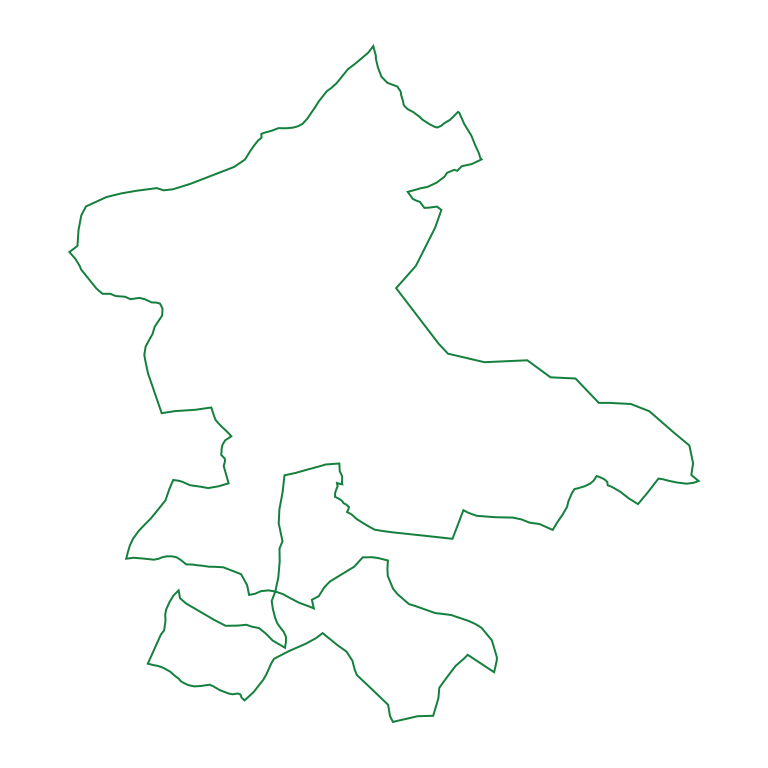 Nkwerre, Imo, Nigeria (orthographic projection)
{"feature_id": "59680162B31302026198632", "entity_name": "Nkwerre", "entity_type": "district", "adm_level": 2, "iso_a3": "NGA", "parent_name": "Nigeria", "parent_adm1": "Imo", "projection": "orthographic", "projection_center": [7.107, 5.761], "detail": "fine", "context": "isolated", "style": "outline", "palette": "green", "viewbox_px": 768, "rotation_deg": 0, "n_neighbors": 0, "source": "geoboundaries", "source_scale": "gbopen_adm2", "svg_char_len": 4661}
<svg xmlns="http://www.w3.org/2000/svg" viewBox="0 0 768 768"><path d="M373.3,46.1L368.1,52.8L355.2,63.7L348.0,69.1L336.6,83.2L331.4,87.9L326.8,91.2L319.0,101.1L314.4,108.3L307.0,119.0L302.5,123.9L298.1,126.2L293.2,127.6L285.7,128.3L278.5,128.1L272.1,130.6L263.9,132.9L261.3,134.0L261.5,137.8L258.2,140.3L253.8,145.9L250.6,150.5L245.0,159.5L234.2,166.9L190.2,183.9L172.9,189.3L163.6,190.3L156.8,188.1L136.3,190.8L121.3,193.4L106.6,197.0L86.0,206.4L81.3,215.3L78.5,230.2L77.5,245.8L73.6,248.9L69.4,252.0L75.4,258.9L79.6,265.8L81.1,269.5L96.3,288.4L102.5,293.8L110.2,293.8L115.9,296.1L125.0,296.7L130.4,299.2L134.5,298.6L139.6,297.9L145.0,299.3L151.6,302.4L156.4,302.6L160.0,303.6L162.5,308.5L162.2,315.5L154.8,326.5L152.5,334.1L149.5,339.4L145.7,346.4L144.3,354.8L145.2,360.1L148.0,373.4L152.5,386.4L161.7,413.2L175.0,411.1L195.2,409.8L211.3,407.5L214.2,416.4L215.6,420.0L218.3,423.2L222.5,427.4L226.3,431.0L229.3,433.9L231.3,436.3L225.2,440.3L222.5,444.7L221.7,448.4L221.5,451.7L221.2,454.8L222.4,456.1L224.8,458.7L225.0,461.2L223.7,466.0L228.6,483.3L218.5,486.3L208.1,488.1L201.3,486.8L190.0,485.2L182.4,481.8L178.4,480.7L173.2,480.0L169.3,489.2L165.5,500.3L155.4,512.9L150.5,518.8L145.3,524.0L138.7,530.9L133.0,538.8L129.9,545.4L127.8,552.4L126.2,558.7L133.7,557.8L142.9,558.5L154.0,559.7L158.8,558.7L162.7,557.1L167.1,556.3L171.9,556.3L176.6,557.3L181.1,560.2L186.2,564.4L192.1,564.5L198.3,565.4L201.5,565.6L208.8,566.7L215.0,566.8L223.3,567.3L241.1,574.2L247.1,585.1L249.1,594.9L255.2,593.7L261.1,591.1L268.6,590.4L275.3,591.5L278.3,577.6L279.7,561.3L279.5,548.6L282.5,541.3L278.7,523.3L279.4,509.3L282.5,492.9L284.5,475.3L295.7,472.9L308.0,469.4L322.4,465.5L325.4,464.5L339.3,463.5L339.8,471.4L340.9,473.5L342.0,475.9L342.2,477.2L342.1,480.6L341.9,483.2L342.2,484.3L339.9,483.9L337.0,483.0L337.6,486.3L336.3,489.4L335.2,492.7L335.0,496.8L339.7,499.2L342.5,501.4L343.5,503.2L345.9,504.3L348.9,507.0L348.4,509.2L347.1,512.0L351.7,514.5L356.8,519.1L366.5,525.2L374.7,529.7L384.0,531.2L392.4,532.3L452.5,538.8L463.4,510.2L468.6,512.9L476.7,515.8L494.8,517.2L513.0,517.6L521.8,519.5L529.4,522.6L539.4,524.0L552.7,529.9L557.3,522.3L562.4,514.9L567.1,506.9L568.3,501.6L571.9,493.1L574.5,489.0L577.6,488.4L584.5,486.3L589.8,483.9L593.7,480.6L596.6,476.0L600.2,477.3L604.6,479.4L607.3,482.0L607.7,485.3L611.6,486.7L620.2,491.7L628.7,498.3L638.0,504.1L647.7,492.5L658.4,478.6L662.6,479.2L669.2,480.9L677.6,482.6L686.9,483.7L693.9,482.7L698.6,481.0L691.3,475.0L693.1,463.2L689.4,445.5L673.5,432.3L649.3,411.2L630.8,404.0L609.7,402.9L598.8,402.9L575.5,378.5L550.5,377.3L527.3,360.3L484.4,362.2L448.0,353.7L438.8,343.9L396.1,288.1L401.9,281.7L415.9,265.8L435.3,227.3L441.4,209.9L436.9,206.6L428.6,207.7L424.4,207.9L419.8,201.8L417.2,201.0L412.9,199.0L407.7,191.9L414.7,190.0L420.8,188.2L427.3,187.0L436.7,182.6L444.5,176.7L447.1,172.8L454.3,169.8L457.2,170.8L461.8,166.2L471.6,164.1L481.6,159.4L480.3,158.0L478.9,153.2L475.2,145.2L471.4,135.7L464.2,123.9L459.2,112.6L458.0,111.9L454.0,116.0L449.9,119.9L444.0,123.4L441.2,125.8L437.3,127.5L435.0,127.0L429.0,123.9L422.4,119.6L419.3,116.5L415.6,113.9L413.5,112.2L407.9,109.3L405.0,106.6L403.7,104.8L402.9,100.6L401.2,95.3L400.7,91.6L397.3,86.5L387.5,82.9L381.5,76.8L378.0,67.8L375.8,58.4L375.9,55.9L374.5,50.7L373.3,46.1ZM147.8,663.7L154.0,665.2L157.8,665.9L162.3,667.4L165.4,669.0L170.4,671.8L173.7,674.9L178.8,678.8L181.1,681.5L184.8,683.5L188.6,685.2L194.4,686.4L200.8,686.0L209.6,684.7L213.3,686.3L219.9,690.2L228.6,693.5L232.6,694.3L237.9,693.5L240.4,694.5L241.6,697.6L244.6,700.4L253.6,692.1L263.3,679.7L266.3,674.5L271.0,664.0L274.0,658.8L288.9,651.1L305.6,643.8L315.9,638.2L322.6,633.1L337.4,645.1L346.6,651.7L352.4,660.7L354.7,669.6L356.9,675.1L368.1,685.6L388.1,704.8L390.0,716.0L392.9,721.9L417.6,716.2L433.2,715.8L438.4,698.2L439.3,687.8L446.6,677.7L455.6,665.9L463.8,658.8L467.7,654.8L494.1,672.2L495.6,665.7L496.8,660.2L496.9,657.4L494.6,649.6L491.8,640.2L481.4,627.7L475.2,623.9L468.0,620.7L461.4,618.5L451.1,615.0L440.1,613.6L435.3,613.1L416.1,606.3L409.0,604.1L397.6,594.3L393.0,588.6L387.8,576.0L387.4,569.3L387.9,560.5L378.0,558.0L372.1,557.2L362.7,557.4L354.2,566.7L329.9,581.5L324.3,587.3L318.8,596.1L311.9,599.8L313.8,608.4L308.7,606.3L299.0,602.7L289.4,597.7L283.1,594.2L275.3,591.5L271.7,601.0L272.9,609.2L275.2,617.9L277.4,623.5L280.6,627.9L283.6,631.7L285.9,636.6L286.0,641.5L285.0,647.8L272.6,640.5L266.2,633.9L259.1,628.1L252.0,626.7L246.4,624.8L237.8,625.6L225.6,625.8L214.2,619.9L186.1,603.5L180.0,598.2L178.6,590.4L173.5,595.5L169.5,602.1L166.2,609.4L165.2,614.7L165.5,620.3L164.8,625.7L164.1,630.4L160.9,634.5L159.1,638.6L147.8,663.7Z" fill="none" stroke="#15803d" stroke-width="2"/></svg>